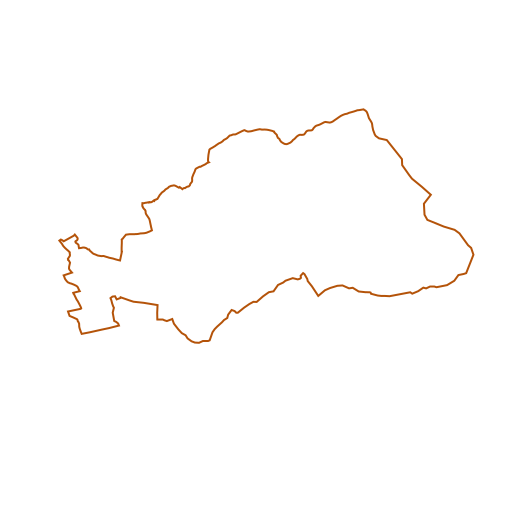 Dobarlau, Covasna, Romania, rotated 331°
{"feature_id": "2599482B41369855432730", "entity_name": "Dobarlau", "entity_type": "district", "adm_level": 2, "iso_a3": "ROU", "parent_name": "Romania", "parent_adm1": "Covasna", "projection": "orthographic", "projection_center": [25.881, 45.721], "detail": "fine", "context": "isolated", "style": "outline", "palette": "amber", "viewbox_px": 512, "rotation_deg": 331, "n_neighbors": 0, "source": "geoboundaries", "source_scale": "gbopen_adm2", "svg_char_len": 6033}
<svg xmlns="http://www.w3.org/2000/svg" viewBox="0 0 512 512"><g transform="rotate(331 256 256)"><path d="M431.5,372.9L446.8,360.3L448.1,353.2L446.7,349.4L444.9,334.8L442.4,329.4L434.6,321.4L423.4,307.5L423.4,301.6L428.2,291.7L438.6,287.2L434.6,275.9L429.9,264.0L429.2,259.4L427.9,247.4L430.6,242.0L426.6,218.0L420.6,212.7L418.9,209.0L418.8,207.3L419.1,205.3L419.5,202.6L420.6,199.1L421.2,197.7L421.7,196.2L421.8,195.4L421.8,193.9L421.6,190.2L422.4,186.3L422.7,184.1L422.6,183.1L422.2,181.9L421.9,181.3L421.4,180.6L421.2,179.9L416.9,178.4L415.1,177.6L414.6,177.6L411.9,177.1L409.7,176.6L406.9,175.9L404.7,175.7L402.4,175.0L400.3,174.7L398.2,174.6L395.7,174.8L393.1,175.1L390.8,175.3L388.3,175.6L386.8,175.5L385.2,175.1L381.7,172.4L380.5,172.1L376.1,172.0L374.3,171.8L372.7,171.4L371.8,171.3L370.9,171.3L368.5,172.0L367.8,172.4L366.9,172.9L366.0,173.1L365.1,172.9L363.8,172.2L362.8,171.7L361.7,171.4L361.0,171.4L360.3,171.5L359.0,172.2L357.4,172.9L356.9,173.0L356.3,172.9L355.5,172.6L354.7,172.2L353.7,171.6L353.2,171.3L352.6,171.1L351.9,171.1L350.9,171.1L349.5,171.3L347.0,172.1L346.2,172.3L344.5,172.5L343.1,173.1L341.1,173.5L338.4,173.3L337.2,173.1L335.7,172.2L334.7,170.9L333.4,168.5L333.1,166.7L333.2,164.9L332.9,164.2L332.4,163.2L332.6,162.0L332.6,161.5L332.6,161.0L332.9,160.5L332.8,159.6L332.1,157.4L331.9,156.5L331.9,156.1L332.1,155.9L330.7,154.3L328.1,151.9L326.6,150.7L324.7,149.5L322.4,148.3L321.5,147.5L320.7,146.9L318.6,146.2L315.0,145.2L312.8,144.7L311.9,144.4L309.3,143.3L308.0,141.9L307.0,140.4L306.3,140.2L305.2,140.1L304.0,140.0L298.5,139.8L297.0,139.7L296.0,139.2L295.3,138.8L294.3,138.5L293.0,138.4L291.3,137.9L287.8,138.9L285.8,139.0L284.8,138.9L283.9,139.0L282.3,139.5L280.0,139.7L278.4,139.5L277.7,139.5L276.9,139.6L274.7,139.8L273.5,140.0L272.7,140.0L270.9,140.1L267.9,140.1L266.8,140.4L263.5,144.4L261.1,147.9L260.2,149.5L259.9,150.4L260.2,151.2L258.8,151.0L257.5,151.0L256.8,151.2L255.5,151.2L252.0,151.0L250.8,151.1L250.0,150.6L247.9,150.5L247.0,150.5L246.0,150.5L245.3,150.7L244.5,151.3L243.9,151.9L242.8,152.8L240.7,154.3L239.7,155.2L238.9,155.8L238.3,156.4L237.8,157.0L237.4,157.8L237.1,158.4L236.6,159.3L236.1,159.9L235.6,160.2L234.3,160.7L233.3,161.2L232.7,161.9L231.8,162.3L230.8,162.5L229.7,162.1L228.5,162.0L226.8,162.2L226.1,161.7L224.3,161.7L224.0,161.8L223.6,160.7L222.9,159.3L222.7,158.7L221.7,158.9L221.0,157.8L219.7,155.7L218.9,154.8L218.4,154.4L217.1,154.0L215.7,153.5L213.5,153.3L211.9,153.8L209.1,153.9L207.4,154.5L205.0,154.8L204.2,154.9L203.4,155.3L201.4,156.0L197.4,158.3L196.4,158.1L195.8,158.2L195.5,158.0L194.6,157.9L193.8,158.5L193.5,157.9L192.9,158.0L191.9,158.2L190.9,158.2L190.6,158.2L188.5,157.4L188.7,157.1L185.9,156.2L185.2,155.9L183.4,155.4L182.3,154.7L182.1,155.0L181.3,156.2L181.1,156.6L181.0,156.9L180.8,157.4L180.8,158.2L180.7,158.2L180.7,158.8L180.7,159.8L181.1,161.4L181.2,161.9L181.3,162.0L181.2,163.2L181.1,163.3L180.4,164.8L180.3,165.3L180.2,165.8L180.2,166.7L180.5,169.9L180.6,171.4L180.6,172.0L180.3,173.3L179.0,177.5L178.7,178.6L178.4,179.3L178.3,179.8L177.4,183.1L175.0,183.0L172.6,182.7L171.6,182.6L169.6,182.0L168.0,181.3L166.0,180.3L163.8,179.6L163.0,179.3L161.9,178.8L161.2,178.4L160.2,178.0L155.9,175.6L152.6,174.3L149.0,175.7L147.7,176.3L147.1,176.3L146.5,176.5L146.2,177.3L144.8,179.8L143.7,181.6L142.5,183.6L140.5,187.2L140.7,187.3L138.8,189.5L134.9,194.0L133.9,193.1L131.9,191.2L129.7,188.9L128.2,187.6L126.6,186.2L125.9,185.4L124.6,184.1L124.4,183.9L122.8,182.2L122.3,181.9L120.6,181.1L120.0,180.6L118.2,179.2L117.6,178.6L116.4,177.0L115.1,175.5L114.8,175.0L114.4,174.2L114.1,173.1L113.5,171.5L113.3,170.9L113.2,170.5L113.2,170.1L113.3,169.4L112.4,168.9L112.1,168.6L111.9,168.2L111.7,167.5L111.4,167.0L111.0,166.4L110.3,165.8L109.8,165.3L109.3,165.0L108.5,164.6L107.3,164.3L105.0,163.4L105.7,161.3L106.0,160.6L106.1,160.1L105.9,159.3L105.5,158.4L105.0,157.4L104.8,156.8L104.9,156.2L105.1,155.7L105.4,155.6L105.9,155.6L106.9,155.5L107.7,155.2L108.3,154.6L108.6,153.9L108.6,153.3L107.9,149.4L106.5,149.9L103.3,149.9L98.1,149.9L94.9,149.9L94.6,149.2L94.4,148.6L93.3,147.0L91.5,147.2L91.6,147.9L92.1,150.8L92.2,151.7L92.2,152.8L92.3,154.0L92.8,156.1L93.6,158.6L94.2,160.1L94.9,162.5L94.2,163.7L94.1,164.2L93.7,165.0L93.3,165.6L91.8,166.4L90.1,167.3L89.8,168.4L90.0,168.5L90.1,169.2L90.1,170.5L90.1,171.7L87.4,174.7L86.5,176.1L86.3,176.6L86.3,177.9L87.0,181.3L78.4,179.7L78.3,181.0L77.9,183.1L78.0,184.5L78.3,186.4L78.7,187.8L80.1,189.7L81.0,190.5L82.8,192.7L84.2,194.7L84.7,195.6L85.0,196.8L84.8,199.5L84.8,201.3L78.3,199.6L78.1,200.5L78.3,201.5L78.2,203.3L78.0,207.2L78.2,209.2L78.1,214.1L77.9,216.5L77.7,217.1L77.0,217.2L64.7,213.4L63.9,218.0L66.4,221.2L68.0,223.4L68.8,224.5L68.9,225.3L68.6,226.4L68.5,226.9L68.7,227.5L68.5,229.4L67.1,232.2L66.6,234.0L66.1,237.0L65.8,239.6L73.5,242.1L79.6,243.9L85.7,245.7L92.5,247.8L102.4,250.4L102.7,248.2L101.8,245.9L100.5,244.1L103.2,236.1L106.6,232.4L106.7,230.6L107.2,227.7L108.0,224.7L108.3,222.3L110.8,221.9L113.2,222.9L113.1,226.4L117.2,227.0L117.6,226.5L123.8,233.5L126.7,236.6L135.2,242.6L146.1,251.2L142.1,257.7L138.9,263.7L143.7,266.4L144.8,267.9L146.5,269.7L152.2,270.5L151.4,275.4L152.5,282.5L153.7,287.5L156.0,291.2L156.2,294.9L158.3,299.4L160.6,302.1L164.1,304.3L168.4,304.6L172.8,307.1L174.6,307.3L181.0,301.6L184.5,299.9L187.9,298.9L194.0,297.5L197.0,296.5L200.8,296.3L203.2,293.8L208.5,291.4L210.6,293.8L211.2,296.0L212.6,296.8L220.6,295.4L226.9,294.8L231.5,294.8L234.3,296.5L242.6,294.7L249.7,293.9L254.2,295.4L261.2,292.0L266.9,292.4L269.8,291.9L277.4,293.2L281.2,296.7L283.4,297.2L284.7,296.9L285.5,294.9L288.9,293.8L289.6,295.3L289.7,300.9L289.1,303.0L290.2,309.5L291.1,321.1L299.7,319.4L305.2,319.9L312.7,321.5L317.4,323.7L321.7,329.4L325.2,330.7L328.6,336.8L334.0,340.6L335.7,341.6L337.9,342.9L338.5,343.6L338.3,344.8L343.3,349.6L346.4,351.8L349.5,353.5L353.3,355.9L373.3,362.5L374.4,364.7L380.8,365.4L387.0,364.8L389.1,366.8L393.5,367.1L397.1,369.1L398.7,370.8L404.9,372.8L409.0,374.1L417.4,373.8L423.8,370.8L428.9,372.4L431.5,372.9Z" fill="none" stroke="#b45309" stroke-width="2"/></g></svg>